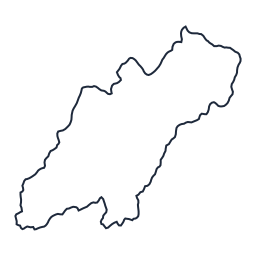 the district of Cachoeira de Pajeú, Minas Gerais, Brazil
{"feature_id": "56859067B3346078437629", "entity_name": "Cachoeira de Pajeú", "entity_type": "district", "adm_level": 2, "iso_a3": "BRA", "parent_name": "Brazil", "parent_adm1": "Minas Gerais", "projection": "equal_earth", "projection_center": [-41.503, -15.962], "detail": "fine", "context": "isolated", "style": "outline", "palette": "slate", "viewbox_px": 256, "rotation_deg": 0, "n_neighbors": 0, "source": "geoboundaries", "source_scale": "gbopen_adm2", "svg_char_len": 4194}
<svg xmlns="http://www.w3.org/2000/svg" viewBox="0 0 256 256"><path d="M60.4,130.9L58.2,131.5L57.3,133.5L57.4,136.0L57.9,137.9L58.6,139.8L59.3,142.3L58.4,144.0L57.2,145.0L56.5,147.5L54.5,149.0L52.6,150.2L50.6,151.0L49.2,153.4L48.3,156.3L46.4,158.1L45.0,159.8L44.5,162.4L45.0,165.8L44.1,167.8L42.6,168.1L41.1,168.6L39.5,169.5L38.1,170.6L37.1,172.1L35.3,174.3L33.2,175.8L31.4,177.0L29.3,178.2L27.2,179.0L25.6,179.3L24.2,181.0L23.4,183.4L22.4,185.7L23.0,187.8L23.3,190.0L22.4,191.5L20.5,192.5L20.5,194.7L20.7,196.9L21.1,199.7L21.0,202.5L20.5,205.3L21.5,207.8L22.0,211.4L20.2,212.2L18.6,213.2L16.3,214.3L15.4,216.0L15.9,218.1L16.7,221.2L16.6,224.3L18.4,225.2L20.1,225.6L20.9,227.8L22.4,229.1L23.9,228.6L25.2,227.6L27.2,226.5L28.9,226.9L30.6,227.3L33.2,227.0L34.5,229.4L36.0,229.2L37.7,228.4L40.0,227.5L42.4,226.9L44.1,226.6L45.6,225.6L46.9,224.1L48.0,222.3L48.7,220.6L50.1,218.4L51.4,216.9L52.9,215.9L54.5,215.1L56.1,214.4L57.9,213.9L60.1,214.3L62.4,214.4L63.7,212.6L65.1,210.6L66.8,208.8L69.0,208.5L71.1,207.5L73.2,206.8L74.9,207.0L76.4,207.3L77.6,208.3L78.6,210.5L80.8,209.5L83.2,208.3L85.1,207.5L87.0,206.7L88.9,205.0L91.3,203.1L93.4,202.4L95.3,202.8L97.2,202.5L98.8,200.4L99.9,198.3L101.4,197.2L103.2,199.1L104.0,201.6L104.7,203.6L105.3,205.8L106.1,208.0L106.7,209.8L106.2,212.3L104.7,213.9L103.3,215.6L102.9,218.2L101.7,219.6L100.8,221.7L101.4,224.0L103.1,224.4L104.5,226.3L106.0,228.2L108.1,227.6L109.8,226.0L112.1,224.1L114.4,222.7L116.7,221.8L117.6,223.6L119.0,225.4L120.9,225.5L122.4,223.4L123.5,221.6L124.2,219.7L125.3,218.5L127.0,218.8L128.8,219.0L130.6,219.6L132.3,220.2L133.5,218.8L135.6,218.5L137.0,217.6L138.2,216.2L138.6,214.1L138.6,211.5L138.4,209.5L138.1,207.0L137.9,204.7L138.4,202.8L138.3,200.3L137.0,197.9L136.4,195.8L138.4,194.7L140.4,192.2L142.8,191.5L144.0,189.1L145.1,186.2L147.5,185.8L149.4,184.2L150.7,181.7L151.2,179.8L152.1,177.5L153.5,175.7L155.0,174.3L155.8,171.9L156.6,169.1L157.9,167.4L159.5,166.6L160.5,165.2L160.7,162.7L160.7,159.8L162.3,157.6L163.4,155.8L164.1,153.6L165.5,150.9L165.7,148.7L166.3,145.5L168.9,144.1L170.5,141.4L171.7,139.5L173.1,138.6L174.9,137.1L175.8,134.3L176.0,131.1L176.5,128.0L177.6,126.3L179.5,124.9L181.5,124.1L184.1,123.7L185.9,122.6L187.8,122.0L189.7,122.2L191.5,122.4L194.4,121.2L196.9,120.2L198.9,119.0L199.4,117.2L200.1,115.2L201.7,113.7L203.1,113.9L204.9,114.2L206.4,114.2L207.8,112.2L208.7,109.5L209.1,106.5L210.1,104.2L211.9,102.7L213.9,102.2L215.2,102.9L216.8,104.3L218.3,105.9L220.1,106.4L221.8,106.4L224.1,106.0L225.8,104.8L227.5,103.1L228.8,100.6L229.6,97.8L231.1,95.9L232.5,94.3L232.9,91.8L232.0,89.3L231.3,86.8L231.8,84.0L233.2,81.9L234.2,79.7L234.8,77.3L236.2,75.0L237.0,72.7L237.1,70.2L237.5,67.5L238.6,64.7L239.8,62.8L240.5,61.1L240.6,58.7L239.8,56.4L239.3,54.4L237.7,52.7L235.2,51.7L233.3,50.1L231.7,49.0L230.0,47.8L228.0,47.7L226.2,47.4L224.7,47.6L223.0,47.0L220.9,45.9L218.6,45.6L216.9,46.1L214.1,46.1L212.2,44.4L210.5,43.4L209.1,42.4L208.0,41.1L206.6,40.4L205.2,38.7L203.3,35.8L201.2,34.1L199.5,34.0L197.3,33.3L194.9,33.3L193.4,33.3L191.6,33.2L189.3,32.3L187.6,30.6L186.6,28.6L185.6,26.6L183.6,27.8L182.0,29.7L181.3,31.4L181.0,33.3L181.2,36.2L181.9,39.2L181.3,42.1L178.9,41.8L177.0,41.9L175.5,42.4L173.7,43.9L172.5,46.8L172.2,49.9L170.8,50.8L169.2,51.5L167.6,52.5L166.0,54.2L164.5,56.6L163.6,58.1L162.4,59.6L161.5,61.7L160.5,63.9L158.9,66.5L157.4,68.2L156.2,69.6L154.9,71.0L153.0,72.6L150.9,74.1L148.7,75.0L146.9,74.6L145.2,73.4L143.8,71.4L143.1,69.7L142.1,68.2L140.6,66.4L138.8,64.6L137.2,62.4L135.7,60.4L134.3,59.2L132.6,58.1L130.5,57.9L129.1,58.7L127.7,60.7L125.8,62.7L124.4,63.6L122.4,64.0L121.0,65.8L120.2,67.5L119.4,69.0L118.1,70.7L116.9,72.2L118.0,75.0L119.3,77.1L120.5,78.1L120.9,80.0L119.0,81.9L117.1,83.1L115.6,83.5L113.8,83.9L112.1,85.6L111.0,89.1L111.3,91.4L111.7,93.4L110.0,94.2L108.1,93.9L106.9,92.9L105.4,91.5L103.9,90.8L101.3,90.4L99.3,89.1L98.0,88.0L96.0,86.6L94.0,86.1L92.2,86.9L90.0,86.9L88.3,86.6L86.7,86.7L84.8,87.1L83.2,87.4L81.9,88.5L81.4,90.8L80.8,93.1L79.8,95.6L78.8,97.6L77.8,100.4L76.8,103.1L75.0,106.3L73.7,108.4L72.6,110.7L72.1,113.0L71.7,115.0L71.6,117.2L71.4,119.8L70.7,122.1L69.6,124.6L67.8,126.6L65.3,129.0L62.9,130.4L60.4,130.9Z" fill="none" stroke="#1e293b" stroke-width="2"/></svg>